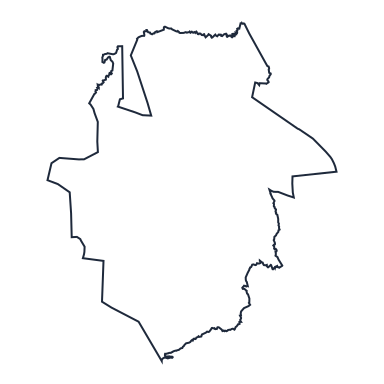 Tepalcingo, Morelos, Mexico (Equal Earth projection)
{"feature_id": "50627088B98541871287942", "entity_name": "Tepalcingo", "entity_type": "district", "adm_level": 2, "iso_a3": "MEX", "parent_name": "Mexico", "parent_adm1": "Morelos", "projection": "equal_earth", "projection_center": [-98.876, 18.569], "detail": "fine", "context": "isolated", "style": "outline", "palette": "slate", "viewbox_px": 384, "rotation_deg": 0, "n_neighbors": 0, "source": "geoboundaries", "source_scale": "gbopen_adm2", "svg_char_len": 5852}
<svg xmlns="http://www.w3.org/2000/svg" viewBox="0 0 384 384"><path d="M335.2,166.5L333.9,163.2L331.9,159.2L330.4,157.0L325.7,151.6L312.9,138.6L299.2,129.3L297.7,128.7L252.1,97.2L255.2,82.5L257.5,83.1L259.2,85.1L259.6,83.2L265.9,83.5L266.3,83.8L268.6,82.3L268.5,81.5L267.4,80.2L267.3,79.5L267.6,78.9L269.1,77.4L269.5,75.8L270.7,74.3L270.7,73.5L269.2,72.8L268.7,69.4L269.1,68.8L269.1,68.1L268.6,66.5L267.4,66.1L266.0,63.7L249.3,33.6L244.4,23.7L243.7,23.4L242.9,23.8L242.3,23.7L241.8,23.0L241.6,23.4L240.6,23.3L239.3,28.6L238.0,28.3L237.2,28.8L237.6,29.9L236.6,30.8L237.2,31.9L237.1,32.8L235.6,32.5L236.2,34.4L235.5,34.6L235.0,33.8L234.3,33.8L234.8,35.6L234.6,36.2L234.1,36.1L233.9,35.3L232.7,33.9L232.3,34.0L232.3,35.6L232.5,37.0L232.1,37.3L231.2,36.6L230.6,35.5L230.0,35.4L228.9,36.0L227.9,35.6L227.4,36.8L226.9,36.7L226.5,35.5L226.6,34.3L226.1,33.7L224.2,34.2L222.1,36.1L221.3,35.9L221.4,35.2L220.8,34.6L219.7,34.9L219.2,34.5L218.8,34.5L217.2,36.3L216.0,35.6L215.3,34.6L212.4,37.4L211.8,37.7L211.2,36.9L211.0,35.7L208.6,34.2L208.0,35.2L205.6,37.3L204.5,35.2L204.2,34.2L203.6,34.3L203.4,35.2L201.7,35.0L200.5,33.6L199.1,33.5L198.7,34.2L197.9,34.1L196.8,32.6L196.7,32.0L196.3,31.6L195.4,32.7L195.2,32.3L194.3,32.0L193.7,32.7L192.8,32.6L191.8,31.7L190.6,32.7L189.7,31.6L189.3,32.1L189.8,32.4L188.2,32.2L186.9,32.7L186.0,32.2L185.3,32.2L185.0,32.5L183.5,32.9L180.3,33.0L179.4,32.8L179.0,32.0L177.8,31.0L177.3,31.6L176.2,31.3L172.0,29.3L171.3,28.5L169.2,28.5L168.1,28.2L165.0,26.7L164.4,26.8L163.9,27.3L163.8,29.7L157.7,32.0L157.8,31.5L156.9,31.2L155.3,32.0L154.7,32.5L154.6,33.3L154.2,33.5L153.4,33.4L152.1,34.3L150.3,33.5L150.1,32.6L148.1,32.2L146.9,30.0L146.5,30.0L146.7,31.0L146.1,31.4L144.4,31.2L143.8,32.0L144.4,35.0L144.2,35.8L141.8,35.9L140.5,36.4L138.5,37.3L137.0,38.8L137.3,39.6L130.8,55.4L137.2,71.4L147.6,103.1L151.2,115.6L142.6,115.2L135.3,112.4L117.9,106.6L118.2,106.1L119.9,99.3L123.0,98.4L122.2,46.2L117.9,46.3L117.4,47.1L117.8,48.1L117.8,49.1L117.1,49.7L116.1,52.9L114.5,53.9L113.1,54.3L107.5,53.2L106.8,53.8L104.8,54.1L103.6,54.8L103.0,54.8L102.9,56.2L102.3,57.5L102.5,59.2L102.4,62.0L103.8,62.8L104.4,62.5L105.2,59.9L106.6,59.6L108.1,57.4L109.3,56.7L109.8,56.9L110.8,60.2L112.4,61.6L113.2,63.5L112.4,70.5L111.2,71.1L111.0,72.6L111.8,73.4L111.5,73.9L110.6,73.0L109.6,72.9L109.4,73.4L110.3,74.2L108.6,75.3L108.3,76.7L106.7,75.8L106.2,76.2L105.8,77.5L105.9,79.6L103.7,80.4L102.9,80.4L102.7,80.7L103.6,82.3L102.5,83.5L102.0,83.5L101.6,84.6L100.7,84.4L99.3,85.0L98.7,84.7L98.0,84.9L97.7,84.7L97.9,86.4L98.8,87.3L98.8,87.6L98.3,87.0L98.1,87.5L97.2,87.8L97.6,88.5L97.2,89.6L97.0,90.0L95.9,90.1L96.0,90.4L95.4,91.2L96.0,92.5L94.8,93.8L94.4,93.9L89.2,103.3L90.6,104.6L93.4,108.9L94.6,113.2L97.8,121.9L97.3,141.5L97.9,152.1L84.1,159.3L78.7,159.4L59.4,157.9L51.5,163.2L47.5,180.2L57.9,184.1L69.7,192.3L71.1,213.4L71.7,237.2L76.9,236.9L80.3,239.1L80.9,240.5L84.6,246.7L84.4,251.9L84.0,254.3L82.9,258.2L103.5,260.9L102.0,301.7L111.5,307.6L138.6,321.7L161.7,361.0L161.7,360.2L162.5,358.7L163.9,357.8L165.4,357.6L167.8,358.4L170.4,357.6L172.2,357.8L172.7,357.3L172.7,357.1L172.2,356.7L170.3,356.6L169.4,356.8L169.0,356.3L168.2,356.6L166.7,356.4L166.1,356.7L165.7,356.6L165.1,356.0L164.9,355.1L165.1,353.8L166.6,353.8L167.3,353.4L168.1,353.4L169.1,352.9L170.9,352.9L171.5,352.3L172.4,352.1L172.7,351.7L174.2,351.0L175.8,350.6L176.5,350.7L177.0,350.3L178.8,349.9L180.6,348.4L182.3,348.0L182.9,346.7L183.8,346.1L184.4,345.0L186.1,343.3L189.0,342.7L190.3,342.0L191.2,340.7L192.2,339.9L192.8,340.5L193.6,338.9L194.1,338.6L195.1,339.1L195.6,339.0L196.4,337.6L197.9,337.0L198.5,336.3L199.1,336.9L201.3,336.5L201.9,334.5L205.8,332.7L207.1,331.6L208.3,332.0L209.2,331.7L210.7,329.8L211.8,328.0L212.2,327.9L213.3,328.4L214.2,328.1L214.9,329.0L215.4,329.1L215.6,328.8L216.8,329.0L217.4,327.4L217.9,327.2L218.9,327.4L221.7,329.6L222.5,331.1L223.0,331.0L223.2,330.5L223.9,330.5L224.6,331.2L225.7,330.7L226.5,331.2L227.5,330.7L227.9,330.1L229.4,329.7L230.2,329.9L231.7,329.0L232.9,328.7L234.1,329.4L233.8,330.2L234.7,329.4L235.6,327.1L236.7,326.3L238.1,324.3L238.4,324.4L239.6,323.9L239.3,322.0L240.1,321.6L240.5,321.9L241.1,321.9L240.3,320.6L240.2,319.8L241.0,318.6L241.1,317.9L240.0,315.6L241.0,315.4L240.7,313.7L241.0,311.8L241.2,311.3L244.0,308.1L248.5,306.1L250.1,304.8L248.9,302.9L249.3,302.4L249.4,298.6L248.0,294.3L247.1,293.6L246.5,291.4L246.7,290.9L244.4,288.9L242.8,288.9L242.3,287.8L243.1,286.8L243.6,286.5L244.0,285.7L245.3,285.9L246.2,286.5L247.0,286.0L247.8,286.2L246.8,282.0L246.2,281.2L245.8,280.0L245.7,277.4L247.8,272.6L249.3,269.8L249.4,269.0L250.1,267.9L250.1,267.5L251.2,267.0L252.2,264.7L253.5,264.4L255.3,265.1L255.9,265.0L256.6,264.2L257.0,263.2L258.9,263.6L260.3,263.1L260.9,262.6L260.5,262.1L260.3,261.5L259.8,260.9L259.8,260.6L261.7,262.2L262.7,262.6L263.4,264.5L263.9,265.1L265.6,265.3L266.8,264.9L266.9,266.2L267.9,267.3L268.2,267.3L270.8,264.9L271.1,265.1L272.6,269.2L273.0,269.3L274.2,267.9L274.8,267.7L275.0,268.1L275.2,267.4L275.1,266.9L277.1,266.0L277.2,267.1L278.8,267.2L279.2,267.7L282.2,265.8L282.3,265.6L278.5,259.5L277.5,257.1L275.5,255.7L275.9,254.1L275.5,251.6L276.3,251.5L276.7,250.8L276.5,249.9L275.8,249.0L274.8,249.3L274.1,248.6L274.3,247.6L274.1,246.3L273.3,245.5L273.9,244.7L274.9,244.4L275.0,243.9L274.8,242.6L273.7,240.1L274.2,239.2L274.4,236.8L276.0,235.4L276.6,233.9L278.3,231.9L278.5,230.3L279.6,229.6L279.0,228.1L279.1,226.4L278.5,225.4L278.9,223.7L278.2,222.4L278.2,218.9L277.3,214.7L276.4,214.2L276.1,213.7L275.8,212.9L276.1,212.4L275.5,211.2L276.0,210.0L276.0,209.4L274.8,208.4L274.7,207.1L273.9,206.5L273.8,206.1L274.0,204.6L273.9,203.6L273.4,203.2L274.5,201.0L274.4,200.5L272.5,198.3L272.3,197.6L270.5,193.8L270.7,193.7L269.4,189.6L271.5,190.9L273.7,191.8L278.2,191.9L287.6,195.5L293.8,197.5L292.8,192.5L292.3,183.6L292.5,176.4L336.5,171.7L335.2,166.5Z" fill="none" stroke="#1e293b" stroke-width="2"/></svg>